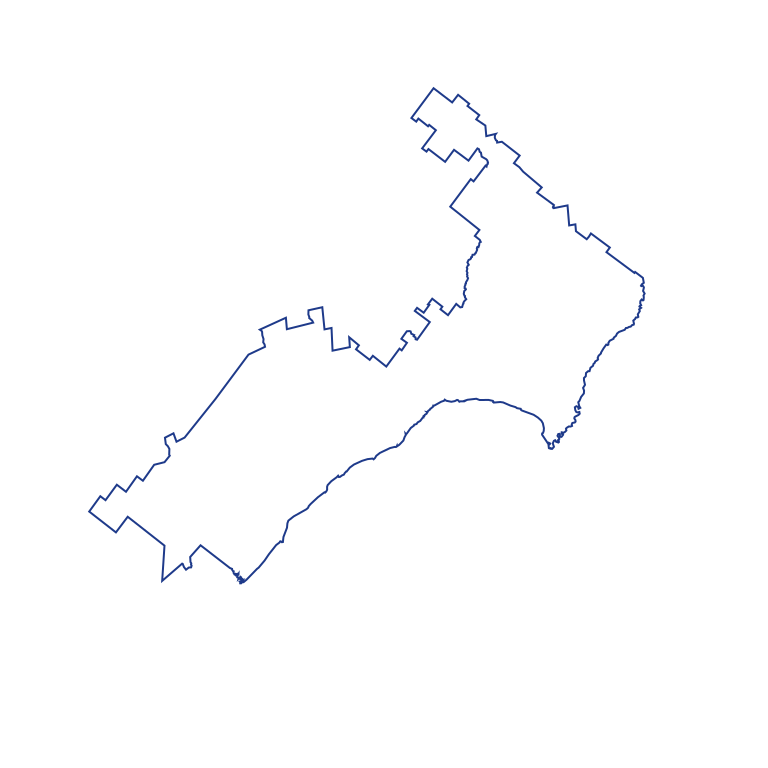 the district of Carpentaria, Queensland, Australia, rotated 212°
{"feature_id": "25037944B42158127814454", "entity_name": "Carpentaria", "entity_type": "district", "adm_level": 2, "iso_a3": "AUS", "parent_name": "Australia", "parent_adm1": "Queensland", "projection": "natural_earth1", "projection_center": [140.957, -17.323], "detail": "fine", "context": "isolated", "style": "outline", "palette": "blue", "viewbox_px": 768, "rotation_deg": 212, "n_neighbors": 0, "source": "geoboundaries", "source_scale": "gbopen_adm2", "svg_char_len": 6165}
<svg xmlns="http://www.w3.org/2000/svg" viewBox="0 0 768 768"><g transform="rotate(212 384 384)"><path d="M220.7,611.2L230.4,612.1L230.5,610.9L265.2,613.7L264.8,619.4L288.3,621.3L288.3,617.4L288.8,614.2L302.2,615.3L306.3,620.8L311.0,616.6L323.0,632.7L333.0,623.3L333.7,624.0L334.0,623.2L334.5,623.5L334.7,625.8L355.6,627.4L354.4,634.3L378.5,637.8L384.1,639.6L390.8,640.1L390.0,649.6L412.4,651.9L416.0,648.7L417.0,650.1L418.2,650.0L420.5,651.5L421.8,653.9L421.7,655.4L428.6,648.4L435.0,656.9L446.0,657.3L445.7,662.5L460.5,664.0L460.3,666.8L474.4,668.5L475.4,658.9L498.7,661.1L501.7,624.1L495.7,623.6L495.5,627.3L483.2,625.9L483.0,627.7L474.5,626.7L476.5,604.0L471.1,603.6L470.8,606.8L449.9,604.8L448.7,619.7L430.7,618.2L429.6,633.3L427.8,633.4L425.9,631.6L424.4,631.6L421.7,628.6L416.5,628.8L415.0,628.4L413.2,627.0L413.2,626.2L412.6,625.8L412.8,624.3L412.3,622.8L413.6,623.0L415.4,603.3L419.0,603.7L421.8,569.5L384.7,565.2L385.4,557.7L379.2,557.0L377.3,555.8L377.8,555.2L377.7,553.7L376.9,552.3L376.4,550.1L377.3,550.0L377.5,549.4L377.0,547.9L376.1,547.2L375.6,543.5L375.9,543.2L375.8,541.7L377.4,540.5L376.7,538.3L377.3,537.7L376.8,536.6L376.9,535.6L378.0,534.0L377.7,531.3L375.3,530.0L375.7,528.7L375.4,526.5L374.4,525.9L373.7,523.5L372.1,522.5L371.8,521.0L370.8,520.3L370.5,519.2L368.8,518.3L368.4,516.3L368.4,513.6L367.7,512.6L368.0,511.8L367.4,510.9L367.3,509.5L366.4,508.0L365.4,508.2L364.7,507.6L365.2,505.3L364.1,502.7L362.4,501.4L361.9,501.5L361.3,500.4L359.2,499.5L359.8,496.8L359.8,495.2L359.2,494.3L359.4,493.7L358.5,490.7L359.9,489.4L365.2,490.2L366.2,476.3L375.7,477.3L375.5,480.5L388.3,481.9L388.9,474.8L387.5,475.1L388.1,465.5L396.3,466.1L396.6,462.3L378.0,460.8L379.4,439.1L380.9,438.7L381.9,440.2L384.2,440.2L384.3,441.5L387.5,441.1L389.3,442.7L390.4,442.4L392.6,440.8L393.2,431.5L386.4,431.1L386.8,421.9L389.6,422.2L391.3,400.0L408.4,402.0L408.9,396.9L426.1,398.6L425.8,403.5L438.3,405.2L432.5,397.2L445.3,385.0L458.2,403.7L463.4,398.8L477.0,416.4L487.1,406.5L485.0,402.9L482.8,401.2L482.4,400.3L478.5,399.7L476.6,398.5L495.4,379.0L502.3,388.2L518.1,364.3L516.0,364.2L515.0,363.6L513.0,360.8L510.0,358.3L508.5,355.3L506.3,354.3L504.6,352.5L514.5,337.1L519.0,281.9L524.7,232.9L529.4,225.1L536.4,230.6L541.3,222.4L537.2,217.4L534.3,216.7L531.6,215.2L528.7,210.2L527.7,209.7L528.7,201.4L536.1,193.7L537.2,174.2L544.6,174.8L545.7,155.9L557.2,157.0L558.6,137.9L565.1,138.5L566.4,119.6L532.7,116.1L531.0,135.6L484.5,130.6L467.8,99.5L460.0,124.7L459.4,124.8L456.7,122.8L453.5,121.6L452.3,124.9L450.4,126.3L450.9,128.0L451.9,128.5L452.4,129.8L453.7,130.4L456.7,134.6L454.1,150.0L417.1,146.3L414.9,146.7L414.4,146.0L412.9,145.3L412.2,145.5L411.5,144.1L409.9,143.3L409.4,144.3L408.8,144.3L409.1,143.8L408.5,143.5L408.5,144.6L407.6,145.5L406.8,144.8L406.8,145.9L406.4,145.2L407.3,143.3L406.4,143.3L406.0,142.3L404.5,142.6L404.2,141.7L404.0,142.6L402.9,142.3L402.9,143.6L403.5,143.7L403.6,144.4L402.6,144.3L401.9,143.4L400.9,143.6L400.7,143.0L401.3,142.6L400.7,141.6L399.6,143.0L399.6,141.6L401.5,140.0L400.7,139.7L400.3,138.8L399.6,139.2L399.4,140.4L398.1,141.5L396.9,145.1L393.7,160.0L393.0,161.8L391.7,171.0L391.4,178.6L390.1,190.3L388.6,194.2L388.7,195.4L388.2,195.9L386.8,195.7L386.0,196.4L388.2,201.0L390.1,210.7L392.1,214.7L392.7,217.5L390.4,223.9L383.4,236.7L382.8,238.8L383.1,240.6L382.6,243.5L380.0,253.1L377.2,260.4L376.5,260.6L376.6,261.2L376.0,261.9L376.2,264.2L377.8,266.7L378.2,268.4L377.2,273.6L374.7,279.9L374.3,281.9L373.0,281.2L372.1,281.9L371.2,284.2L370.0,285.9L370.1,287.6L369.7,289.8L369.3,290.0L368.7,295.0L366.8,299.8L361.9,307.2L358.2,311.5L354.2,314.7L352.9,314.6L352.4,316.5L352.5,319.0L350.9,323.5L344.9,332.9L341.5,336.4L340.6,336.8L340.1,337.8L340.2,338.4L339.9,338.1L338.8,340.6L337.6,346.3L338.4,349.9L338.5,352.3L339.3,353.2L338.7,353.0L338.4,354.0L338.0,360.9L336.6,364.5L336.8,365.5L335.2,367.3L335.1,369.3L333.7,371.9L333.3,376.5L332.9,376.6L333.4,377.8L332.8,378.1L333.1,379.4L332.2,381.2L332.2,382.9L332.8,383.0L332.2,383.3L332.3,384.7L331.5,386.5L331.6,387.1L332.4,387.3L331.5,387.4L330.4,390.7L330.8,391.8L330.0,392.2L326.1,399.3L324.2,401.6L324.2,402.9L322.3,402.8L317.5,404.6L314.9,407.0L313.6,409.2L312.6,409.5L310.7,408.9L309.9,409.9L306.7,411.9L306.3,412.6L306.7,412.6L304.8,414.9L297.9,420.4L294.4,421.1L286.9,425.9L282.7,427.4L281.8,427.0L281.8,426.5L281.1,426.4L275.9,430.3L273.2,431.5L265.3,432.7L260.2,434.1L258.4,434.0L254.9,435.4L254.2,434.7L253.0,434.6L240.8,437.2L235.7,437.1L231.2,436.3L228.5,434.9L225.0,431.3L223.7,428.9L223.2,426.8L223.7,425.9L223.1,424.8L213.1,420.3L212.5,420.9L212.8,421.5L211.6,421.6L211.5,420.7L212.2,419.5L210.2,417.0L209.6,417.0L208.7,418.0L208.0,417.5L207.0,418.1L206.6,420.8L209.4,423.1L209.8,425.8L209.1,427.0L207.5,426.2L205.1,426.8L204.9,427.4L205.5,428.3L206.7,428.5L206.2,430.1L206.6,430.8L209.4,432.0L209.7,433.9L208.8,434.7L206.9,432.9L205.8,432.9L205.4,433.5L205.2,435.9L205.7,436.3L207.0,435.9L207.7,437.2L205.9,437.9L205.2,439.1L204.7,441.2L206.0,442.5L205.9,443.5L204.8,445.9L203.2,446.8L202.3,448.1L203.4,449.2L203.6,450.8L201.8,452.5L201.6,453.6L202.5,454.8L204.3,455.6L204.8,456.7L204.6,457.6L202.7,460.7L202.3,462.5L203.5,463.8L204.9,462.4L206.2,462.2L207.9,463.2L209.8,465.4L209.1,467.1L207.3,467.4L205.9,466.1L204.9,467.8L206.6,468.6L209.6,471.5L209.3,473.3L210.0,477.5L209.5,481.9L210.8,484.4L213.1,486.2L213.1,489.8L216.2,492.9L217.6,495.0L217.0,497.5L218.5,500.4L217.7,503.0L216.5,503.8L217.5,507.2L216.4,510.2L217.0,512.1L216.5,513.5L216.8,515.0L215.6,517.6L215.6,518.5L216.6,519.3L217.0,521.7L216.2,524.8L216.6,525.7L216.7,530.5L216.4,535.2L215.0,535.5L214.6,536.3L215.5,537.8L215.5,540.3L213.3,544.0L213.7,545.1L212.8,547.7L213.1,550.3L212.3,552.7L208.6,557.5L208.5,559.7L207.3,560.6L206.5,562.2L205.2,563.4L204.8,565.5L203.7,566.6L203.9,567.5L206.2,569.9L205.5,572.2L205.7,573.8L204.2,574.9L203.9,575.7L205.7,577.6L205.7,581.4L207.2,582.5L206.3,584.8L208.4,585.0L208.5,585.6L207.7,587.1L209.4,588.1L210.5,590.1L210.3,592.2L208.7,592.1L208.4,592.8L209.8,595.5L210.8,596.5L210.9,598.8L213.6,600.2L214.7,603.5L215.5,604.1L216.7,604.5L217.6,603.4L218.1,603.5L218.2,605.1L217.3,607.5L220.7,611.2Z" fill="none" stroke="#1e3a8a" stroke-width="2"/></g></svg>